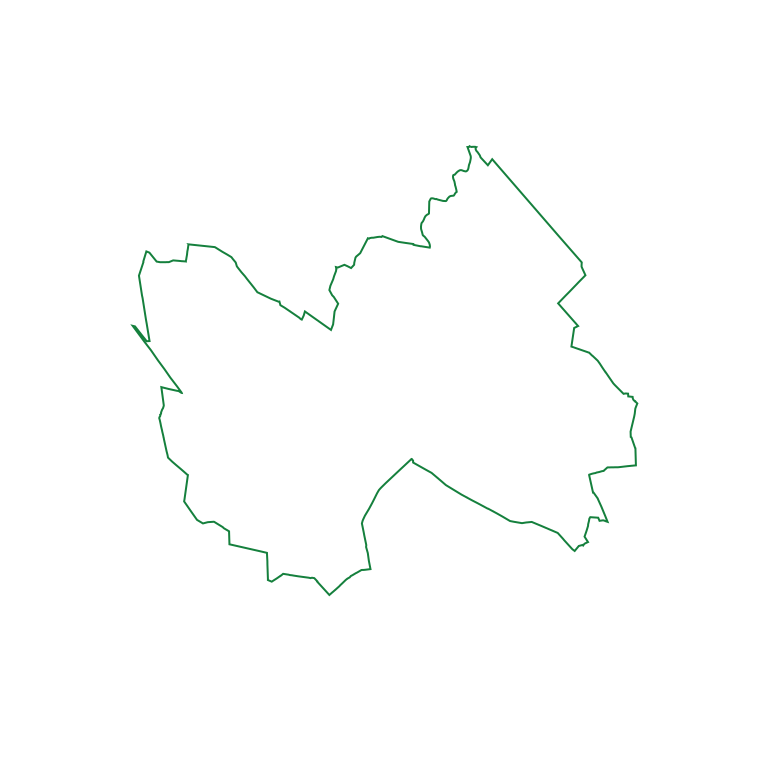 Dekšāres pag., Vilanu, Latvia, rotated 53°
{"feature_id": "27541924B87900075837764", "entity_name": "Dekšāres pag.", "entity_type": "district", "adm_level": 2, "iso_a3": "LVA", "parent_name": "Latvia", "parent_adm1": "Vilanu", "projection": "natural_earth1", "projection_center": [26.82, 56.612], "detail": "fine", "context": "isolated", "style": "outline", "palette": "green", "viewbox_px": 768, "rotation_deg": 53, "n_neighbors": 0, "source": "geoboundaries", "source_scale": "gbopen_adm2", "svg_char_len": 6081}
<svg xmlns="http://www.w3.org/2000/svg" viewBox="0 0 768 768"><g transform="rotate(53 384 384)"><path d="M269.6,162.3L271.8,169.4L261.2,170.5L259.1,169.9L257.9,169.8L256.7,169.8L255.3,169.7L253.6,169.9L252.8,169.8L251.9,169.6L250.9,169.0L250.5,168.3L250.4,167.7L249.5,168.4L248.0,170.3L247.5,171.3L246.3,172.3L245.8,172.6L245.6,172.6L245.6,172.9L245.8,173.6L245.0,174.7L254.2,177.6L255.3,178.3L256.2,179.1L258.6,181.8L260.3,184.4L261.9,186.1L262.8,187.1L263.6,188.6L263.7,189.4L263.6,190.4L263.3,190.9L262.5,191.6L261.6,192.3L260.6,192.9L259.8,193.5L259.3,194.1L258.9,194.9L258.7,196.6L258.8,198.4L259.4,201.7L259.0,202.4L258.9,202.8L259.0,203.2L260.0,204.2L261.3,204.9L262.4,205.3L264.0,205.7L264.9,206.0L265.9,206.5L267.0,207.0L268.0,207.6L269.5,208.1L272.5,209.4L273.9,210.1L274.3,210.3L274.3,211.4L274.7,212.8L275.2,213.9L275.5,214.8L275.4,215.2L274.9,216.0L274.3,217.0L274.0,217.6L273.7,218.9L274.1,221.3L274.5,222.4L275.0,223.3L275.2,224.1L275.0,224.7L273.3,226.7L269.4,229.8L268.7,230.3L267.8,230.8L267.7,231.1L267.4,231.5L266.6,232.2L266.1,232.5L265.2,233.2L264.7,233.8L264.3,234.3L264.1,234.8L264.2,235.3L265.2,237.4L265.5,238.0L274.8,245.4L275.0,246.0L274.7,248.0L274.9,249.9L275.6,251.5L276.6,253.1L277.2,254.3L277.5,254.9L277.9,256.3L278.0,256.9L278.2,257.3L278.8,258.0L280.4,259.6L282.2,260.9L282.8,261.2L286.0,262.4L288.3,263.4L288.8,263.4L289.0,263.3L289.5,263.3L290.4,263.0L291.1,262.9L296.6,262.8L298.0,262.9L298.4,263.0L300.2,263.6L301.1,264.1L301.6,264.4L302.1,264.8L302.6,265.4L296.5,271.3L295.9,272.0L290.6,276.7L289.9,276.3L284.1,282.1L279.0,287.1L264.9,296.3L265.1,297.4L263.7,299.0L262.7,300.7L260.8,304.4L259.8,305.8L259.0,307.4L258.9,308.5L257.9,309.1L265.2,324.3L265.4,327.6L265.5,329.5L265.9,330.7L268.8,334.2L269.4,334.9L270.8,336.1L271.6,340.5L267.9,342.3L265.0,343.9L263.2,350.8L261.7,352.0L263.6,352.9L263.6,353.1L264.9,354.3L267.8,358.9L269.8,361.6L273.3,367.7L276.1,371.1L277.4,371.3L282.0,372.0L284.2,371.7L292.3,372.3L296.3,379.8L301.2,384.4L305.8,388.8L308.9,393.8L278.5,403.5L279.2,404.5L281.0,406.9L283.1,410.9L282.6,411.2L282.0,411.4L281.3,411.6L279.9,411.8L279.7,411.9L263.4,417.4L258.7,419.3L255.2,417.9L254.9,418.6L247.8,423.0L237.2,428.5L235.2,429.5L234.6,429.9L232.6,429.9L228.7,429.9L217.8,430.2L214.2,430.2L208.9,430.6L203.9,430.7L201.5,430.7L197.7,429.3L193.2,429.5L191.8,429.5L191.0,429.5L190.6,429.6L186.1,431.4L181.2,433.5L173.1,436.6L172.7,436.9L154.9,456.0L155.0,456.0L155.0,456.3L158.2,459.5L159.0,460.4L159.9,461.4L160.9,462.3L161.7,463.1L161.9,463.2L164.5,466.0L165.4,466.9L166.5,468.3L166.9,468.5L165.3,470.3L164.2,471.6L162.6,473.3L158.4,478.0L157.2,482.5L152.0,489.5L149.4,491.9L137.9,492.3L135.1,494.0L141.3,502.5L141.8,502.7L150.0,514.5L167.7,524.0L170.1,525.1L189.8,535.6L192.8,537.1L208.6,545.4L207.0,547.8L199.5,548.0L188.1,548.2L186.3,549.7L206.4,549.9L216.9,549.8L229.2,550.3L240.1,550.4L250.2,550.8L261.1,550.7L269.1,550.8L269.4,550.9L269.2,551.1L266.2,552.2L265.7,552.5L265.1,553.2L258.1,559.2L252.5,563.7L268.5,572.7L269.0,573.2L270.3,575.0L271.0,576.7L272.6,579.2L273.2,579.6L273.7,580.3L273.9,581.4L274.7,581.7L275.1,582.4L275.4,583.4L276.1,584.1L277.7,584.7L281.4,586.4L283.2,587.3L286.1,588.6L286.6,588.8L287.3,589.1L287.9,589.4L288.5,589.7L292.4,591.4L294.2,592.3L294.4,592.3L295.5,592.9L306.8,598.1L310.4,599.6L312.8,600.8L318.5,599.9L323.6,598.8L329.3,597.5L333.5,596.6L338.4,595.6L338.7,595.4L340.9,597.6L351.2,607.9L356.0,612.7L357.5,614.3L360.3,614.4L370.3,614.8L380.0,615.1L386.4,612.5L388.3,607.9L391.6,602.8L392.1,602.5L401.3,598.9L402.8,598.7L408.4,596.4L419.0,603.9L443.5,583.2L448.4,579.1L455.5,583.9L457.8,585.6L469.8,594.0L470.7,594.7L474.3,592.6L474.4,590.9L474.7,587.1L474.8,585.4L474.8,584.3L475.0,582.3L475.0,582.2L474.9,582.2L475.0,580.8L474.9,578.8L477.6,576.2L478.7,575.1L480.0,574.1L481.4,572.6L482.6,571.5L486.2,568.0L493.4,560.7L494.9,559.4L495.1,558.7L495.3,558.3L495.5,558.0L497.1,556.5L501.5,556.0L501.6,556.3L519.6,554.6L519.5,553.1L519.3,550.7L519.3,550.2L519.0,545.7L518.9,544.6L518.6,541.1L518.4,540.4L518.1,537.5L517.6,533.5L517.5,532.9L517.4,530.7L517.5,530.6L517.5,529.4L517.8,527.9L517.4,526.0L517.7,524.3L518.1,520.5L518.4,518.9L519.0,513.9L520.6,511.6L523.7,506.2L516.1,502.5L509.3,498.7L503.4,496.4L502.0,495.1L493.1,490.9L490.3,489.5L483.8,486.4L482.1,485.6L480.3,483.3L479.5,481.9L477.7,478.5L474.7,471.1L472.0,465.2L470.0,461.1L467.1,455.3L465.7,452.0L465.3,450.2L465.0,448.4L464.2,442.4L462.0,422.1L461.5,417.2L460.5,407.8L460.4,407.2L460.8,406.9L462.5,407.1L462.7,406.9L463.8,407.6L463.9,407.8L464.3,408.0L477.8,402.1L483.6,399.5L496.0,396.7L502.0,395.4L518.9,388.7L530.1,383.6L535.7,380.9L545.7,376.3L545.8,376.3L546.2,375.9L554.9,371.9L561.1,369.2L569.3,365.8L572.3,363.1L577.8,357.9L578.2,357.5L580.1,353.9L583.1,349.0L583.3,348.9L591.8,343.9L607.5,334.9L615.2,334.2L617.4,334.1L629.3,333.0L632.1,332.2L630.6,325.9L632.1,322.1L632.8,322.1L632.5,321.1L632.3,320.1L632.3,319.4L633.0,316.2L630.3,316.0L626.6,315.7L623.3,310.8L620.1,306.4L618.9,305.4L616.8,302.8L615.1,301.0L614.5,299.4L619.7,293.4L623.0,294.2L624.7,291.1L625.3,290.6L626.0,290.1L627.2,289.4L628.6,288.4L623.1,286.9L612.7,284.2L604.2,282.3L604.1,282.2L597.3,282.0L596.7,282.0L596.5,282.4L580.0,274.9L579.9,274.7L580.9,271.8L581.8,269.8L582.4,268.7L582.6,267.6L582.9,267.0L583.8,265.1L584.8,262.4L585.6,260.9L585.5,260.7L585.1,255.9L585.2,255.6L591.6,246.8L596.1,239.1L598.9,234.5L600.6,231.8L586.8,222.0L586.7,222.1L575.6,218.5L575.4,218.5L574.8,218.8L570.4,215.7L560.5,203.7L558.6,201.6L555.0,198.2L554.3,197.2L552.1,193.6L552.0,193.4L550.1,193.7L549.1,193.7L549.1,194.0L547.1,194.3L546.5,194.3L546.1,194.2L545.3,194.0L543.9,193.2L540.9,196.4L538.6,194.9L537.6,196.0L537.0,196.7L536.5,197.6L536.0,198.6L523.6,200.3L521.4,200.5L507.6,199.9L507.6,200.0L501.9,199.7L497.9,199.4L494.0,199.3L487.0,200.5L486.5,200.7L482.4,201.3L482.1,201.6L481.0,202.3L466.9,211.8L453.7,198.4L454.5,194.1L424.4,196.4L422.7,185.7L422.0,180.8L419.8,167.1L418.4,157.7L416.2,157.2L411.2,156.1L409.2,155.6L408.4,155.0L407.4,154.2L405.9,152.9L369.7,155.5L269.6,162.3Z" fill="none" stroke="#15803d" stroke-width="2"/></g></svg>